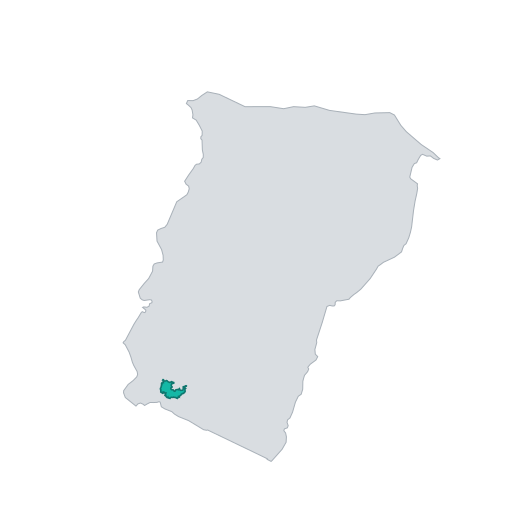 location of Talensi, Upper East, Ghana, rotated 206°
{"feature_id": "2480657B26285365473669", "entity_name": "Talensi", "entity_type": "district", "adm_level": 2, "iso_a3": "GHA", "parent_name": "Ghana", "parent_adm1": "Upper East", "projection": "albers", "projection_center": [-0.74, 10.642], "detail": "fine", "context": "in_parent", "style": "filled", "palette": "teal", "viewbox_px": 512, "rotation_deg": 206, "n_neighbors": 0, "source": "geoboundaries", "source_scale": "gbopen_adm2", "svg_char_len": 6794}
<svg xmlns="http://www.w3.org/2000/svg" viewBox="0 0 512 512"><g transform="rotate(206 256 256)"><path d="M311.4,71.5L315.1,75.0L315.9,77.0L314.6,84.6L311.9,90.0L310.2,95.0L310.4,97.5L312.1,100.0L317.7,103.9L320.6,106.4L324.0,110.2L327.9,114.0L334.6,118.9L337.4,119.7L337.3,121.1L336.4,123.0L335.8,141.3L335.3,146.0L334.9,148.4L334.3,155.2L333.6,156.2L332.3,156.1L331.1,156.4L330.8,157.7L331.3,159.1L335.4,160.1L334.5,161.1L331.5,162.1L330.1,164.1L330.7,166.5L329.1,168.4L329.5,169.6L330.6,170.6L332.3,170.2L337.0,167.0L339.0,166.7L341.5,167.3L346.0,172.1L346.2,174.5L344.4,182.5L342.6,188.7L342.3,197.0L344.2,201.7L344.0,204.2L341.9,206.4L337.3,209.6L337.6,211.8L339.8,215.9L343.7,220.4L351.5,226.0L355.6,233.3L355.7,236.2L353.3,239.2L350.6,241.8L349.7,245.5L351.0,270.0L345.0,280.7L344.9,283.7L345.5,287.2L347.2,289.3L350.3,289.9L352.9,291.9L352.0,299.4L350.7,307.0L350.5,310.7L349.7,312.4L347.3,313.9L346.4,316.3L347.1,319.2L346.6,321.4L347.9,324.2L350.7,327.8L355.3,336.5L357.0,337.2L357.8,339.0L357.3,340.8L359.1,344.7L364.1,348.5L369.3,351.9L373.6,352.3L374.6,355.3L377.4,359.2L379.5,360.9L382.7,361.9L385.4,362.5L385.5,365.8L380.7,368.0L377.5,371.4L375.1,376.5L371.7,382.2L359.9,385.2L355.4,385.2L331.3,385.4L308.7,396.5L295.7,400.5L287.7,406.7L276.9,411.2L269.4,416.5L253.7,419.1L228.0,427.5L220.0,430.8L211.8,436.7L198.6,443.5L193.4,443.4L183.1,436.9L175.3,433.6L156.3,428.6L142.1,426.6L135.3,424.4L133.4,424.1L135.0,421.8L139.0,421.6L143.1,422.4L146.3,420.6L150.9,420.4L152.1,418.6L152.5,413.9L152.5,410.2L154.2,408.5L154.6,404.1L152.4,394.3L150.8,393.2L142.5,391.7L141.9,389.8L140.4,387.7L138.9,382.7L137.1,375.1L134.3,365.8L128.9,350.4L127.6,345.0L126.7,339.4L126.5,332.8L127.7,330.3L127.5,326.9L127.0,323.5L131.0,315.7L138.7,306.2L140.4,302.8L141.8,300.4L142.0,296.9L143.5,285.7L147.2,272.3L149.5,267.2L151.1,264.4L153.0,260.0L153.5,257.9L160.6,252.6L163.8,251.2L164.5,249.1L163.5,246.8L163.9,245.3L165.6,244.5L168.2,243.9L170.1,241.7L167.3,225.1L165.0,208.4L164.8,207.0L163.4,204.7L162.1,197.8L159.7,193.8L156.4,192.6L156.5,188.8L159.8,182.5L160.7,178.7L159.1,177.6L158.9,174.7L160.1,170.0L159.6,167.0L159.0,164.0L155.6,156.7L154.8,151.5L156.5,148.5L156.5,141.9L154.7,131.7L154.5,125.3L155.8,122.6L155.2,120.1L152.7,117.6L152.5,115.3L154.7,113.0L154.4,111.2L151.8,109.9L149.4,106.8L147.3,101.8L147.8,93.8L151.9,79.2L152.4,78.0L156.9,78.1L156.9,78.7L170.9,78.7L186.8,78.6L205.9,78.5L223.2,78.4L224.0,77.7L226.9,76.9L244.4,78.5L255.3,77.7L260.0,78.2L263.4,79.2L270.9,78.6L275.0,79.0L278.0,82.6L279.2,82.6L280.9,81.0L284.0,79.3L287.0,77.9L289.2,75.0L290.6,72.8L292.6,73.3L295.4,73.2L297.3,71.3L298.1,68.5L311.4,71.5Z" fill="#d9dde1" stroke="#a8b0b8" stroke-width="1"/><path d="M261.0,100.8L261.0,101.0L260.8,101.1L260.7,101.4L260.5,101.7L260.6,101.9L260.7,102.1L260.3,102.5L260.4,102.8L260.3,103.1L260.3,103.4L260.4,103.5L260.6,103.5L260.7,103.8L260.8,103.9L260.9,104.2L260.9,104.3L261.1,104.6L261.3,104.6L261.6,104.9L261.6,105.2L261.7,105.3L261.5,105.5L261.4,105.8L261.5,106.0L261.4,106.1L261.8,106.2L262.6,106.0L262.9,106.1L263.0,106.4L263.0,106.5L262.8,106.8L262.7,107.1L262.4,107.5L262.0,107.9L261.5,108.4L261.5,108.6L261.6,108.8L262.0,108.8L262.3,108.6L262.5,108.3L262.7,107.8L263.1,107.5L263.4,107.3L263.6,106.9L264.1,106.6L263.0,104.1L263.0,103.2L265.0,102.1L265.8,102.3L266.0,102.5L266.1,102.9L266.4,103.0L266.5,103.0L266.8,103.3L266.9,103.1L266.9,102.9L266.9,102.5L267.0,102.1L267.0,101.8L267.1,101.7L267.6,101.8L267.9,101.7L268.2,101.6L268.5,101.3L269.2,100.7L269.4,100.6L269.5,100.5L269.5,99.1L269.5,98.9L269.9,98.7L270.3,98.8L270.5,98.7L270.9,98.8L271.2,99.2L271.6,99.4L271.8,99.4L272.0,99.4L272.3,99.1L272.5,99.1L272.9,98.9L273.2,98.8L273.6,98.8L273.8,98.9L274.2,99.3L274.3,99.3L274.5,99.5L274.5,100.1L274.7,100.5L274.5,100.8L274.3,100.9L274.1,100.8L273.9,101.2L274.0,101.5L274.2,101.8L274.4,101.8L274.7,101.9L274.8,102.0L275.2,102.2L275.4,102.4L275.5,102.6L275.6,103.0L275.8,103.5L275.8,103.9L275.0,104.7L274.7,105.2L274.2,105.5L274.1,105.9L274.4,106.2L274.5,106.3L274.9,106.2L274.9,105.7L275.0,105.6L275.4,105.2L275.6,105.2L275.8,105.2L275.8,105.8L276.0,106.0L276.4,106.2L276.7,106.2L276.8,106.1L277.1,105.9L277.3,105.4L277.7,104.8L278.1,104.5L278.5,104.4L278.9,104.5L279.0,104.6L279.3,104.5L279.7,104.4L279.9,104.4L280.1,104.5L280.3,104.5L280.5,104.6L280.8,104.8L281.2,104.9L281.3,104.9L281.5,104.8L281.8,104.8L282.0,104.8L282.5,104.0L282.9,103.7L283.3,103.5L283.5,103.4L283.8,103.5L284.0,103.7L284.2,103.8L284.8,104.2L285.1,104.3L285.4,104.2L285.5,103.8L285.5,103.7L285.3,103.8L285.2,103.6L285.0,103.4L284.9,103.2L284.7,103.0L284.6,102.7L284.4,102.4L284.4,102.2L284.0,101.8L283.9,101.6L283.7,101.5L283.8,101.4L284.0,101.2L284.5,101.0L285.1,100.6L285.1,100.2L284.4,100.0L284.3,99.9L284.3,99.6L284.6,99.3L284.7,99.2L284.4,98.8L284.2,98.7L284.1,98.4L284.3,98.0L284.3,97.9L284.1,97.6L283.9,97.4L283.9,97.2L284.0,97.0L284.0,96.8L283.8,96.7L283.7,96.4L283.7,96.2L283.8,96.1L283.8,95.7L283.9,95.4L283.8,95.2L283.8,94.7L283.6,94.4L283.4,94.3L283.2,94.1L282.8,94.1L282.7,94.0L282.9,93.7L282.5,93.0L282.2,92.8L282.2,92.6L282.2,92.4L282.1,92.1L281.9,92.0L281.8,91.9L281.7,92.0L281.4,91.9L281.2,91.9L280.9,91.9L280.5,91.7L280.3,91.7L280.1,91.8L279.9,91.7L279.6,91.6L279.4,91.7L279.3,92.0L279.7,92.3L279.8,92.5L280.1,92.8L279.9,93.2L279.6,93.3L278.9,93.3L278.7,93.4L278.3,93.1L278.3,92.9L278.0,92.8L277.6,92.7L277.5,93.0L277.3,93.2L277.3,93.3L277.1,93.4L277.1,93.2L276.9,93.2L277.0,92.8L277.0,92.7L276.9,92.6L276.9,92.4L276.8,92.2L276.7,92.1L276.8,92.1L276.7,91.6L276.8,91.5L276.8,91.4L276.8,91.2L276.9,90.9L276.7,90.7L276.3,90.7L276.0,90.7L275.4,90.5L275.2,90.3L275.1,90.2L274.4,90.0L274.3,89.9L274.1,89.9L273.8,89.8L273.7,90.0L273.5,89.9L273.3,90.0L273.1,90.1L273.1,90.4L272.9,90.2L272.7,90.1L272.5,90.3L272.4,90.3L272.2,90.3L271.8,90.0L271.2,90.2L271.3,90.3L271.2,90.3L271.0,90.5L270.8,90.9L270.6,91.0L270.6,91.4L270.5,91.6L270.4,91.7L270.4,91.8L270.1,92.0L269.8,92.1L269.6,92.1L269.3,92.2L269.0,92.4L268.8,92.4L268.7,92.4L268.5,92.6L268.3,92.9L268.3,93.0L268.2,93.0L267.9,93.0L267.6,93.0L267.4,93.1L267.2,93.2L267.1,93.4L266.8,93.4L266.5,93.4L266.4,93.5L266.3,93.4L266.2,93.4L266.1,93.5L265.8,93.6L265.7,93.7L265.3,93.5L265.1,93.4L265.0,93.5L264.9,93.6L264.7,93.6L264.7,93.9L264.6,94.0L264.4,94.3L264.3,94.2L264.3,94.3L264.1,94.3L264.0,94.6L263.9,94.6L263.8,94.8L263.8,94.7L263.7,94.8L263.7,94.7L263.6,94.8L263.5,95.0L263.4,95.5L263.5,95.5L263.4,95.6L263.5,95.7L263.4,95.7L263.5,95.8L263.4,95.8L263.4,96.0L263.4,96.3L263.5,96.3L263.3,96.6L263.2,96.6L263.1,96.8L263.1,97.0L262.9,97.3L262.8,97.5L262.7,97.5L262.5,97.8L262.6,98.1L262.6,98.3L262.5,98.5L262.6,98.8L262.5,99.1L262.2,99.2L262.1,99.3L262.1,99.6L262.1,99.8L262.0,100.0L261.9,100.0L261.7,100.1L261.5,100.3L261.4,100.3L261.3,100.6L261.1,100.6L261.0,100.8Z" fill="#14b8a6" stroke="#0f766e" stroke-width="1.5"/></g></svg>